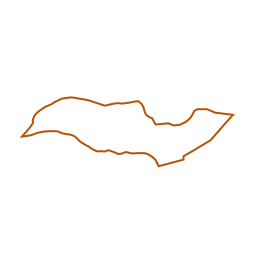 the district of Goeree-Overflakkee, Zuid-Holland, Netherlands, rotated 166°
{"feature_id": "6326949B86973189891179", "entity_name": "Goeree-Overflakkee", "entity_type": "district", "adm_level": 2, "iso_a3": "NLD", "parent_name": "Netherlands", "parent_adm1": "Zuid-Holland", "projection": "natural_earth1", "projection_center": [4.215, 51.751], "detail": "fine", "context": "isolated", "style": "outline", "palette": "amber", "viewbox_px": 256, "rotation_deg": 166, "n_neighbors": 0, "source": "geoboundaries", "source_scale": "gbopen_adm2", "svg_char_len": 4951}
<svg xmlns="http://www.w3.org/2000/svg" viewBox="0 0 256 256"><g transform="rotate(166 128 128)"><path d="M109.0,90.4L107.5,83.5L94.6,83.7L81.8,83.9L81.5,85.0L81.1,86.8L81.0,87.1L80.2,87.3L74.9,88.9L68.4,90.8L64.3,92.1L62.0,92.8L60.9,93.1L60.7,93.2L60.3,93.3L59.9,93.4L59.3,93.6L53.9,95.2L52.2,95.7L51.0,96.1L41.4,102.7L40.0,103.7L32.1,109.2L23.0,115.4L40.0,121.9L40.0,122.0L44.9,125.7L45.0,125.7L45.2,125.9L46.8,127.1L48.3,127.5L54.0,128.9L56.0,129.4L59.3,128.7L60.0,128.0L62.2,125.4L65.4,122.4L68.9,120.7L70.7,119.9L71.5,119.7L76.8,118.6L82.9,119.3L83.2,119.6L86.1,121.6L87.9,122.8L95.0,123.9L100.4,124.7L101.2,127.8L102.2,131.5L104.6,133.3L107.4,136.7L107.7,138.9L107.9,140.7L108.0,144.6L109.0,148.1L111.5,151.5L113.4,151.8L115.7,152.1L117.5,152.1L118.6,152.2L119.9,152.2L124.0,152.7L127.8,153.1L131.0,154.3L131.7,154.5L135.9,155.1L140.7,155.2L145.2,155.3L145.3,155.4L146.3,156.0L148.8,157.6L158.7,163.9L161.6,165.4L174.6,171.1L175.4,171.3L176.1,171.5L176.6,171.6L177.3,171.7L178.0,171.8L178.6,171.8L179.4,171.9L180.1,172.0L180.7,172.1L181.5,172.1L182.2,172.2L182.8,172.3L183.5,172.3L184.2,172.4L185.0,172.5L185.7,172.3L186.6,172.1L187.0,172.1L188.4,171.8L189.0,171.7L189.7,171.5L190.4,171.4L191.1,171.3L191.8,171.1L192.3,171.0L192.5,171.0L192.9,170.9L193.4,170.7L193.9,170.6L194.2,170.4L194.8,170.2L195.4,170.0L196.0,169.8L196.7,169.6L197.4,169.4L197.7,169.4L198.1,169.3L198.8,169.2L199.5,169.1L200.2,169.0L200.9,168.9L201.6,168.8L202.2,168.7L202.9,168.5L203.5,168.4L204.2,168.1L204.9,167.9L205.3,167.8L205.6,167.7L206.2,167.5L206.9,167.2L207.6,167.0L208.1,166.8L208.8,166.5L210.0,166.0L210.6,165.7L211.3,165.4L211.9,165.1L212.5,164.8L213.0,164.5L213.6,164.2L214.1,163.8L214.5,163.5L214.6,163.4L215.1,163.0L215.5,162.6L216.0,162.2L216.4,161.8L216.8,161.3L217.1,160.8L217.5,160.3L217.8,159.8L218.1,159.3L218.4,158.8L218.6,158.2L218.7,157.7L218.8,157.1L218.8,156.5L218.8,156.0L223.3,152.0L225.0,150.8L225.4,150.5L225.5,150.5L226.0,150.1L226.5,149.7L229.5,147.7L231.7,146.2L233.0,145.3L232.5,145.2L226.9,144.7L225.0,144.5L224.8,144.5L224.7,144.4L221.3,144.7L219.1,145.0L216.6,145.2L215.7,145.2L214.9,145.1L214.2,145.1L213.9,145.1L213.3,145.1L212.4,145.0L212.0,145.0L211.8,145.0L211.5,145.0L211.2,144.9L210.9,144.9L210.7,144.9L210.3,144.8L210.1,144.8L209.6,144.7L208.0,144.4L206.7,144.2L206.3,144.1L205.9,144.1L205.4,144.0L205.1,143.9L204.5,143.8L204.0,143.7L203.6,143.6L203.0,143.4L202.6,143.3L202.2,143.2L201.6,143.1L200.9,142.9L199.7,142.6L199.0,142.4L198.9,142.4L198.7,142.3L198.4,142.2L198.1,142.2L197.9,142.1L197.6,141.9L197.4,141.8L197.1,141.7L196.9,141.6L196.7,141.4L196.4,141.3L196.0,141.0L195.9,140.9L195.6,140.7L195.2,140.4L194.8,140.1L194.7,140.1L194.4,139.9L194.3,139.7L194.1,139.6L194.0,139.4L193.9,139.3L193.7,139.2L193.4,139.0L193.3,138.9L193.1,138.8L192.9,138.7L192.5,138.5L192.3,138.4L192.2,138.3L191.8,138.2L191.6,138.1L190.9,137.8L190.4,137.5L189.6,137.2L189.3,137.1L189.2,137.0L188.5,136.7L188.3,136.6L188.2,136.6L187.9,136.5L187.5,136.3L187.4,136.3L187.4,136.2L186.6,135.9L186.4,135.8L186.1,135.7L185.9,135.6L185.6,135.4L185.1,135.2L184.6,134.9L184.4,134.8L184.2,134.7L183.9,134.5L183.7,134.3L183.2,134.0L182.8,133.6L182.5,133.4L182.0,132.9L181.8,132.7L181.6,132.5L181.5,132.4L181.3,132.1L181.1,131.8L180.9,131.5L180.6,131.1L180.4,130.8L180.1,130.4L179.9,130.0L179.6,129.7L179.4,129.3L179.3,129.1L179.1,128.7L178.9,128.3L178.7,128.0L178.7,127.9L178.5,127.7L178.4,127.4L178.2,127.0L177.9,126.7L177.4,126.0L177.2,125.8L177.0,125.5L176.7,125.2L176.0,124.5L175.5,124.0L175.0,123.5L174.8,123.3L174.6,123.1L174.1,122.7L173.6,122.2L173.1,121.7L172.7,121.2L172.4,121.0L172.2,120.8L172.0,120.6L171.9,120.5L171.7,120.4L171.5,120.2L171.2,120.1L171.0,119.9L170.9,119.8L170.8,119.7L170.5,119.5L170.3,119.2L169.8,118.5L169.3,117.9L168.9,117.4L168.4,116.9L167.9,116.4L167.4,115.9L166.6,115.2L165.0,113.9L164.0,113.1L163.5,112.8L162.8,112.6L161.7,112.4L160.1,112.1L159.3,111.8L158.8,111.7L158.4,111.5L158.2,111.4L157.6,111.2L156.9,111.0L156.3,110.9L155.6,110.8L154.8,110.9L154.1,111.0L153.4,111.1L152.7,111.2L152.1,111.0L151.5,110.7L150.9,110.3L150.4,110.0L150.3,109.9L149.9,109.6L149.4,109.3L148.8,108.9L148.3,108.6L148.1,108.4L147.8,108.2L147.2,107.8L146.7,107.5L146.2,107.1L145.7,106.8L145.6,106.7L145.4,106.6L145.0,106.1L144.7,105.7L144.4,105.5L143.7,105.2L142.9,105.1L142.0,104.9L141.6,104.8L141.2,104.8L140.7,104.8L140.0,104.7L139.3,104.8L138.6,104.8L137.9,104.9L137.4,105.1L136.7,105.1L136.0,105.1L135.4,104.9L134.8,104.7L134.5,104.5L133.6,104.1L132.5,103.4L131.9,103.1L131.3,102.8L130.6,102.5L129.3,102.2L127.9,101.8L127.2,101.7L125.8,101.5L124.5,101.2L124.4,101.1L123.0,100.8L122.2,100.6L121.9,100.6L120.9,100.3L119.6,100.0L118.9,99.8L118.3,99.6L117.0,99.1L116.4,98.7L115.8,98.3L115.4,98.0L114.9,97.6L114.6,97.3L114.4,97.1L114.1,96.9L113.5,96.2L113.2,95.9L112.6,95.4L112.1,94.9L111.7,94.4L111.5,94.2L111.3,93.8L111.1,93.5L110.6,92.8L109.9,91.8L109.5,91.3L109.5,91.2L109.0,90.4Z" fill="none" stroke="#b45309" stroke-width="2"/></g></svg>